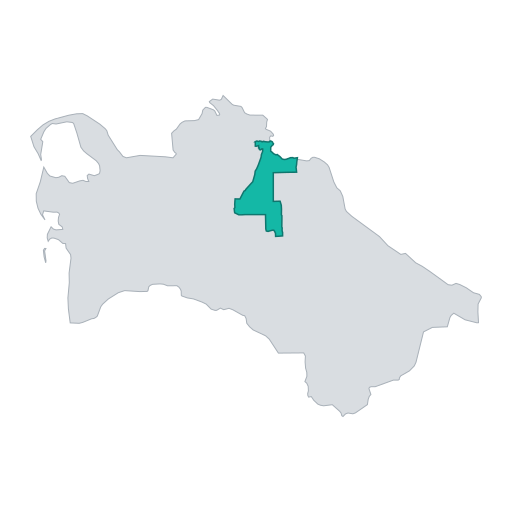 Gorogly, Tashauz, Turkmenistan (highlighted)
{"feature_id": "10190150B22032040795574", "entity_name": "Gorogly", "entity_type": "district", "adm_level": 2, "iso_a3": "TKM", "parent_name": "Turkmenistan", "parent_adm1": "Tashauz", "projection": "equal_earth", "projection_center": [59.965, 40.525], "detail": "fine", "context": "in_parent", "style": "filled", "palette": "teal", "viewbox_px": 512, "rotation_deg": 0, "n_neighbors": 0, "source": "geoboundaries", "source_scale": "gbopen_adm2", "svg_char_len": 5682}
<svg xmlns="http://www.w3.org/2000/svg" viewBox="0 0 512 512"><path d="M140.1,155.4L165.3,156.8L173.0,157.8L176.2,154.2L176.1,153.3L174.9,152.5L173.1,150.0L171.6,133.3L173.9,130.9L176.4,129.1L180.1,123.9L182.1,122.3L185.0,120.9L194.5,120.6L198.6,119.6L202.1,113.6L202.8,110.1L205.4,107.4L206.9,107.4L213.4,109.8L214.8,111.0L216.9,115.4L219.4,115.1L219.7,114.4L219.4,113.4L217.6,110.7L213.6,105.7L209.7,102.6L209.3,101.6L212.7,99.1L219.6,100.2L221.3,99.4L223.1,95.5L232.1,104.3L233.7,105.2L240.9,106.4L242.1,107.6L244.6,112.7L247.0,114.1L250.0,115.1L262.8,115.2L266.8,118.7L267.5,119.5L266.7,122.0L266.5,126.6L265.4,128.5L266.1,129.3L270.6,131.2L273.3,134.2L273.6,135.5L272.8,136.3L270.7,135.9L269.6,137.3L269.7,139.7L271.2,142.0L271.6,144.1L269.4,149.0L269.4,151.0L270.1,152.2L281.7,159.5L283.5,159.7L294.7,158.4L296.8,159.2L306.6,160.9L309.3,160.6L311.1,158.3L312.9,157.3L314.6,157.3L319.3,158.8L324.2,161.9L327.5,164.8L329.1,167.4L333.8,181.9L336.8,187.8L340.3,190.9L342.8,196.5L345.1,208.9L346.4,211.4L351.8,216.3L379.5,236.6L387.9,245.7L400.8,254.4L405.5,253.4L415.7,262.8L422.2,266.3L430.6,272.0L448.1,284.7L451.9,285.2L456.0,283.4L459.7,284.5L466.3,287.8L473.4,292.7L479.4,294.4L481.2,296.6L481.3,297.8L478.1,304.0L477.9,311.9L478.5,322.7L476.9,322.8L465.1,319.8L453.8,313.2L451.2,315.4L449.9,317.6L447.3,326.8L432.3,327.4L423.5,331.9L416.0,362.2L414.3,365.9L409.4,370.9L400.8,375.8L399.5,377.7L399.2,379.5L398.2,380.1L393.4,380.1L375.2,386.7L371.1,386.7L369.5,387.3L368.9,388.5L370.9,394.5L369.3,396.3L368.2,399.3L367.4,404.6L355.4,412.9L352.9,413.8L348.0,413.0L345.5,413.9L343.0,416.5L341.8,415.7L341.1,413.1L339.8,411.4L332.3,404.7L323.6,405.8L320.4,405.2L317.8,404.1L313.8,400.3L311.3,396.6L308.6,397.1L307.8,395.4L307.7,393.4L308.4,390.9L308.2,386.3L306.7,383.1L304.9,381.6L306.9,376.3L306.8,372.4L305.6,368.1L305.1,362.0L305.4,356.0L303.7,352.9L278.4,353.1L269.3,339.2L265.6,335.8L253.1,329.9L249.6,326.8L246.8,323.3L246.1,318.5L244.7,315.7L242.7,315.3L232.9,309.8L229.0,308.3L223.7,309.7L220.4,308.1L216.7,310.3L215.1,310.4L211.1,309.1L206.2,304.1L202.1,302.1L193.4,298.9L187.3,297.9L181.9,296.0L181.3,295.3L181.2,291.1L180.5,289.3L179.0,287.2L176.9,285.7L167.6,285.8L163.4,284.2L160.0,283.9L152.6,284.3L150.2,285.4L148.8,286.7L147.9,290.8L147.1,291.4L139.9,291.6L124.7,290.6L118.3,292.7L108.3,299.0L102.5,304.3L100.8,306.7L97.3,316.1L95.7,317.5L93.8,318.5L91.8,318.7L82.7,322.4L79.2,323.3L70.2,322.9L68.4,308.9L67.9,297.9L69.3,282.7L69.1,273.0L71.0,258.2L70.6,254.6L66.1,248.1L65.6,243.6L62.8,243.4L58.4,239.6L54.0,238.1L51.8,238.0L49.7,239.1L48.2,241.3L47.2,237.9L47.4,234.3L51.1,226.8L53.3,229.0L56.0,229.9L62.8,229.4L62.2,226.9L58.8,224.3L58.2,221.0L58.5,217.5L59.6,214.2L58.6,212.9L57.0,212.1L53.3,212.2L43.7,210.9L42.5,214.8L45.0,219.9L40.8,214.1L38.0,208.2L36.3,201.2L36.2,193.7L40.3,181.8L43.8,167.1L47.3,173.3L49.9,176.0L55.8,177.7L58.7,177.3L61.8,175.7L64.8,176.3L69.3,182.6L72.7,183.3L79.7,180.9L83.0,180.3L85.8,181.5L88.8,181.5L87.6,178.5L87.2,175.6L88.9,174.1L94.4,175.7L98.8,174.0L99.6,173.2L100.1,170.7L99.6,165.8L98.6,163.6L96.2,160.7L86.7,153.6L83.5,150.8L80.9,147.2L76.8,132.8L73.7,123.6L72.5,122.5L66.8,121.8L56.1,124.0L52.3,123.5L50.5,124.5L46.0,128.4L43.9,131.7L40.7,139.3L42.8,141.7L40.7,154.5L41.5,160.0L41.1,160.4L38.1,153.6L34.0,146.8L30.7,136.4L37.4,129.7L43.0,124.9L49.0,121.3L55.1,118.9L68.9,115.2L76.6,113.8L82.7,113.6L87.3,115.9L99.9,124.2L105.3,128.8L106.8,130.7L108.2,135.2L117.3,149.7L119.4,151.8L122.9,156.4L126.4,157.8L140.1,155.4ZM46.0,260.8L45.7,262.8L44.1,256.8L43.4,250.2L44.6,248.4L45.9,248.5L44.6,250.9L46.0,260.8Z" fill="#d9dde1" stroke="#a8b0b8" stroke-width="1"/><path d="M271.7,141.5L271.5,141.3L270.0,141.0L269.6,141.8L268.0,142.0L267.0,141.9L266.9,141.9L265.9,141.8L265.2,141.7L264.7,141.7L264.4,141.5L264.1,141.4L263.4,141.3L263.2,141.3L262.9,141.8L262.6,141.8L261.7,141.7L261.1,141.2L259.8,141.1L259.7,141.0L258.9,141.4L258.6,141.5L257.9,141.3L257.7,141.3L257.0,141.1L256.9,141.0L256.2,141.3L255.5,141.6L255.3,141.6L255.2,141.7L255.3,141.7L255.3,142.0L255.3,142.5L255.3,143.5L255.3,144.6L255.3,145.5L255.3,145.9L255.3,146.1L255.5,146.1L255.9,146.3L256.0,146.3L256.7,146.1L257.5,145.9L258.4,145.7L258.6,145.6L258.6,147.9L258.6,148.0L259.3,148.0L259.4,149.4L259.4,149.5L259.5,149.6L260.4,149.9L260.6,149.8L261.7,149.0L262.0,148.8L262.7,149.0L262.7,150.1L262.6,151.6L261.4,154.6L261.1,157.2L260.0,160.3L258.3,165.0L256.6,168.9L255.2,171.1L254.8,174.5L252.9,181.2L252.8,181.7L251.0,183.6L245.6,189.6L245.4,190.4L245.3,190.5L244.8,190.7L244.0,191.1L243.1,192.8L239.9,199.0L235.3,198.9L235.1,198.9L234.9,201.3L234.7,204.6L234.8,205.4L234.9,207.6L234.7,207.9L234.4,208.2L234.1,208.5L234.3,209.7L234.4,210.9L234.7,212.8L238.8,214.8L241.7,214.8L244.9,214.6L265.5,214.6L265.8,228.8L265.9,229.4L266.3,231.0L267.5,231.3L268.2,231.4L269.2,231.1L269.3,231.0L270.9,230.6L272.4,230.2L273.8,230.2L274.0,230.5L274.9,231.9L275.1,232.6L275.5,233.3L275.5,233.8L275.6,236.4L279.2,236.2L282.6,235.9L282.6,232.4L282.5,232.2L282.1,230.5L282.1,229.4L282.2,227.9L282.0,227.5L281.8,226.8L281.9,219.7L281.9,215.6L281.7,215.4L281.4,214.8L281.5,209.2L281.3,205.3L280.1,201.2L273.3,201.4L273.3,177.4L273.3,172.7L287.8,172.3L296.3,172.2L296.6,172.2L296.3,169.3L296.2,168.4L296.0,167.0L296.2,166.5L296.6,164.4L296.8,161.7L297.3,158.5L297.4,157.7L295.5,158.0L293.8,158.2L292.9,157.6L290.3,157.7L289.0,158.3L288.0,158.6L286.3,159.3L284.4,159.5L282.3,159.1L281.5,158.3L280.8,157.5L279.6,156.3L278.6,155.6L277.2,154.5L276.0,154.9L275.0,154.4L273.6,153.7L272.1,152.2L270.7,151.2L270.7,149.6L270.7,148.4L270.7,147.2L271.6,146.2L272.1,145.4L273.2,144.7L273.5,143.7L272.7,142.8L272.4,141.9L271.7,141.5Z" fill="#14b8a6" stroke="#0f766e" stroke-width="1.5"/></svg>